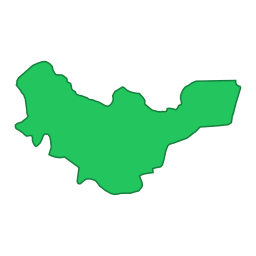 Sheikh Badr, Tartus, Syria
{"feature_id": "27442178B44438051869980", "entity_name": "Sheikh Badr", "entity_type": "district", "adm_level": 2, "iso_a3": "SYR", "parent_name": "Syria", "parent_adm1": "Tartus", "projection": "orthographic", "projection_center": [36.082, 35.023], "detail": "fine", "context": "isolated", "style": "filled", "palette": "green", "viewbox_px": 256, "rotation_deg": 0, "n_neighbors": 0, "source": "geoboundaries", "source_scale": "gbopen_adm2", "svg_char_len": 2453}
<svg xmlns="http://www.w3.org/2000/svg" viewBox="0 0 256 256"><path d="M235.7,80.5L221.7,80.7L211.7,80.9L202.9,81.1L196.1,81.2L192.0,82.9L189.3,84.9L185.3,87.0L183.1,89.7L181.9,92.2L180.8,95.1L180.5,97.9L181.2,101.3L181.5,102.8L181.1,104.7L179.8,105.0L178.8,105.6L178.1,106.5L177.9,107.9L175.9,109.7L173.5,109.0L169.8,108.3L167.3,108.5L166.7,111.1L164.1,111.8L162.2,111.4L161.1,111.9L157.3,111.5L153.9,110.5L152.8,110.5L150.8,109.1L145.5,104.7L144.8,103.7L144.8,100.3L142.6,97.1L139.2,93.4L137.1,93.4L134.5,92.9L134.3,92.9L130.6,92.0L126.6,90.1L124.7,88.2L122.9,87.0L122.1,87.2L117.2,90.2L115.1,91.4L113.9,93.3L112.7,95.8L113.2,98.5L112.9,101.1L111.4,103.7L109.9,105.3L109.4,105.8L107.4,106.3L104.6,105.4L99.6,102.5L95.6,101.1L92.6,99.9L88.9,99.4L87.5,98.0L86.3,97.6L81.5,95.8L78.1,95.1L76.2,94.0L75.4,92.0L74.5,91.3L72.6,90.0L71.7,89.0L71.3,86.0L70.5,83.4L67.3,81.8L66.9,78.7L65.0,77.0L62.2,75.1L58.9,74.9L56.3,74.9L55.1,73.8L53.0,70.2L52.2,66.5L50.3,64.3L48.0,62.7L47.7,62.5L45.5,61.6L42.4,61.7L37.9,63.2L35.6,64.2L32.9,65.4L29.4,68.4L23.7,73.5L18.8,77.6L17.0,80.7L16.9,83.5L16.3,85.0L18.9,88.3L20.3,90.1L21.7,92.6L23.7,94.7L24.5,97.0L25.3,98.8L26.8,110.0L27.0,113.9L28.2,115.9L26.7,118.2L24.2,120.0L23.8,120.3L21.9,122.0L17.6,123.4L15.5,124.8L15.4,126.6L15.8,128.1L16.7,129.0L19.2,130.3L22.7,132.8L26.0,135.9L27.8,136.0L29.1,135.7L30.5,135.4L31.7,135.8L32.6,137.7L32.4,138.9L32.5,140.8L33.7,143.9L34.9,145.6L35.9,146.4L37.1,145.8L39.9,143.2L41.8,139.7L43.1,136.0L44.5,134.0L46.0,134.0L48.2,134.4L49.8,136.7L50.6,140.5L51.3,147.2L49.0,154.6L51.2,155.7L55.7,157.2L60.7,157.7L64.4,156.9L79.0,167.5L77.2,181.3L77.9,183.1L78.6,183.7L80.2,183.8L81.9,182.4L85.2,179.6L86.2,179.0L87.9,179.0L90.0,178.8L92.6,179.5L95.3,180.5L96.9,182.2L98.2,183.9L99.9,186.2L105.4,190.4L111.0,193.5L114.5,194.4L117.6,194.1L120.9,193.3L125.0,193.2L130.3,193.2L134.0,192.1L134.5,191.9L138.6,190.9L141.3,187.7L142.4,185.6L142.0,182.4L140.8,179.5L139.5,176.1L142.4,174.3L148.0,173.2L153.0,172.6L153.0,172.2L152.7,168.6L155.2,167.9L155.5,167.8L160.7,166.8L162.4,164.9L163.1,162.6L163.8,160.0L165.7,151.4L167.2,147.1L167.7,145.8L169.4,144.3L171.5,143.6L174.4,142.8L174.6,142.7L176.4,142.0L187.2,138.0L194.5,132.3L195.4,131.8L200.0,127.0L211.9,126.2L218.6,125.7L228.3,124.6L231.3,122.7L231.9,119.1L232.2,116.5L233.3,113.6L236.1,102.4L236.9,100.0L237.8,97.0L240.6,87.8L239.9,86.2L238.7,86.2L236.5,84.6L235.7,82.7L235.7,80.5Z" fill="#22c55e" stroke="#15803d" stroke-width="1.5"/></svg>